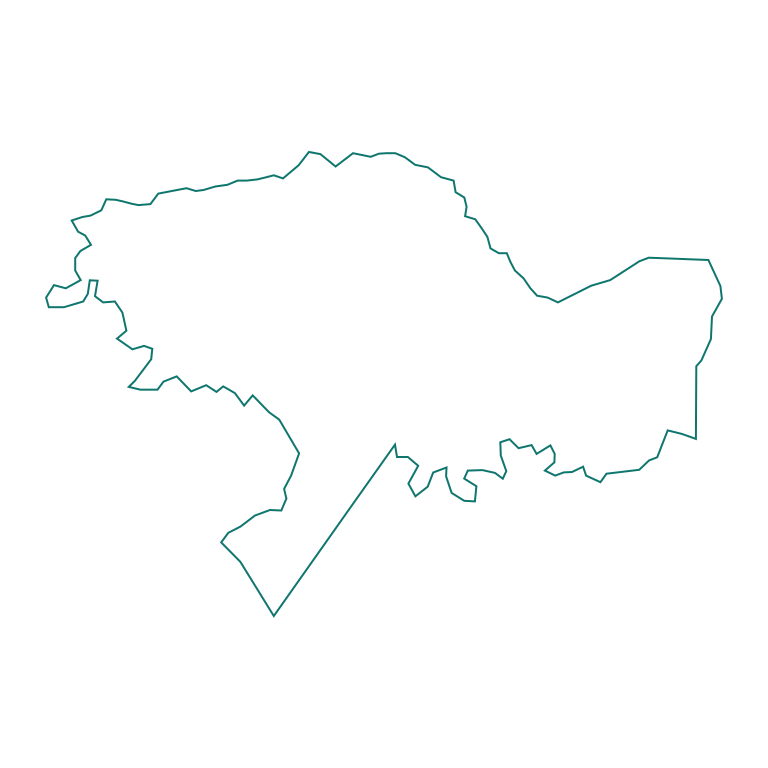 outline of Planalto, Rio Grande do Sul, Brazil
{"feature_id": "56859067B33524809898700", "entity_name": "Planalto", "entity_type": "district", "adm_level": 2, "iso_a3": "BRA", "parent_name": "Brazil", "parent_adm1": "Rio Grande do Sul", "projection": "mercator", "projection_center": [-53.094, -27.352], "detail": "fine", "context": "isolated", "style": "outline", "palette": "teal", "viewbox_px": 768, "rotation_deg": 0, "n_neighbors": 0, "source": "geoboundaries", "source_scale": "gbopen_adm2", "svg_char_len": 2051}
<svg xmlns="http://www.w3.org/2000/svg" viewBox="0 0 768 768"><path d="M186.5,188.2L158.3,193.6L150.4,204.1L138.5,205.1L131.4,203.7L123.3,201.5L115.8,199.8L106.3,199.3L101.3,210.3L90.5,215.6L82.4,217.0L71.7,220.5L78.1,231.7L85.2,235.5L91.0,244.8L80.4,251.0L75.2,258.1L75.2,270.5L80.7,280.1L65.8,288.3L54.0,285.1L46.1,297.6L48.8,307.2L63.9,307.2L83.2,301.5L87.8,293.9L89.8,280.3L97.6,280.7L95.0,296.2L103.1,302.4L114.9,301.5L122.4,312.6L126.4,330.7L117.0,338.6L132.4,349.3L144.0,345.9L152.3,348.8L151.2,359.2L135.0,380.7L128.8,386.9L140.5,389.7L157.5,389.7L163.5,381.6L176.7,376.4L191.2,391.4L206.2,385.2L216.5,391.9L223.2,386.4L234.9,393.1L244.1,405.6L252.7,395.4L269.1,412.3L279.3,419.7L299.1,453.4L291.1,475.6L284.1,488.9L286.4,498.6L281.3,510.5L270.0,510.0L255.0,515.5L240.4,526.6L228.3,532.8L221.2,542.4L240.4,561.9L273.8,616.0L352.1,505.1L395.0,444.6L397.0,457.0L407.9,457.0L418.2,465.8L408.4,483.6L415.4,496.3L427.7,486.7L433.2,472.5L446.5,467.5L446.1,476.3L451.6,492.9L464.2,500.8L474.9,501.4L476.4,486.2L464.2,478.6L467.8,470.6L482.4,470.1L495.0,472.9L502.8,478.7L506.3,471.1L500.8,455.6L500.3,442.3L509.5,439.2L518.6,448.2L531.6,445.1L536.6,453.9L550.4,445.4L554.7,453.9L554.4,462.3L544.9,470.6L555.2,475.6L563.8,472.4L572.0,472.0L583.1,466.7L586.1,475.6L600.4,482.2L606.5,473.7L639.2,469.8L649.1,460.4L657.2,457.3L667.7,430.4L681.8,433.9L695.9,438.9L696.3,366.2L701.4,360.4L710.9,339.1L712.0,316.5L721.9,298.8L720.4,286.0L708.4,260.0L648.7,257.7L639.3,261.3L610.2,280.1L591.2,285.7L557.9,302.4L547.7,297.6L537.1,295.7L530.4,288.3L523.6,278.4L514.9,270.5L510.3,261.7L506.8,253.2L498.8,253.2L490.5,248.4L487.4,236.9L481.9,228.6L475.3,219.3L465.1,216.2L466.6,206.8L464.3,197.5L455.6,192.2L453.6,180.6L441.0,177.2L428.0,167.4L415.1,164.8L404.8,157.2L395.3,153.2L386.3,153.2L378.9,153.7L370.7,156.8L353.0,153.2L335.6,166.5L320.4,154.1L308.9,152.0L298.6,165.3L283.0,178.4L273.8,175.3L265.2,177.5L257.4,179.4L246.8,180.6L237.6,180.6L227.4,184.8L215.3,186.5L203.5,190.0L195.7,191.0L186.5,188.2Z" fill="none" stroke="#0f766e" stroke-width="2"/></svg>